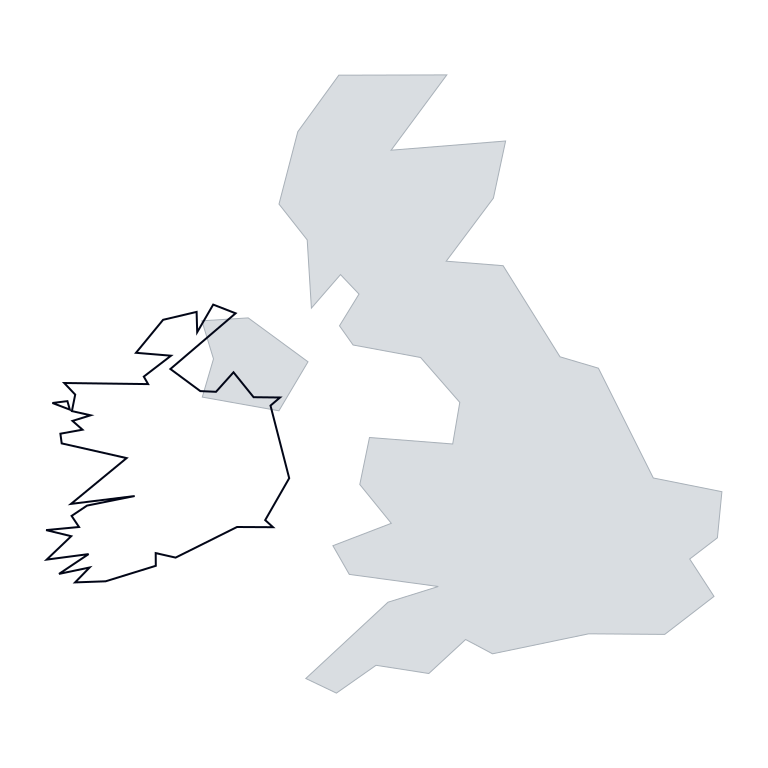 Ireland and the surrounding countries
{"feature_id": "IRL", "entity_name": "Ireland", "entity_type": "country or territory", "adm_level": 0, "iso_a3": "IRL", "parent_name": "Europe", "parent_adm1": "", "projection": "natural_earth1", "projection_center": [-8.443, 53.42], "detail": "coarse", "context": "with_neighbors", "style": "outline", "palette": "ink", "viewbox_px": 768, "rotation_deg": 0, "n_neighbors": 1, "source": "natural_earth", "source_scale": "50m", "svg_char_len": 1342}
<svg xmlns="http://www.w3.org/2000/svg" viewBox="0 0 768 768"><path d="M278.9,410.8L202.3,397.1L213.5,358.9L201.9,320.8L248.2,317.9L308.0,361.8L278.9,410.8ZM452.7,444.0L459.8,402.4L420.6,357.5L353.1,345.0L339.5,325.8L359.0,294.1L340.5,274.6L311.4,308.1L307.2,239.9L279.0,204.1L297.8,131.7L338.8,75.2L446.8,74.9L391.1,150.2L505.6,141.0L493.4,198.1L446.2,261.2L503.1,265.7L560.0,356.8L598.4,368.2L653.3,478.0L721.9,491.7L717.4,537.8L689.7,559.0L714.0,596.4L664.7,634.4L588.7,633.8L492.5,653.8L465.6,639.5L428.8,673.5L376.0,665.3L336.4,693.1L305.8,678.5L388.0,602.2L438.3,586.5L349.3,574.4L332.9,545.7L391.3,523.3L359.8,484.5L369.5,437.5L452.7,444.0Z" fill="#d9dde1" stroke="#a8b0b8" stroke-width="1"/><path d="M235.6,313.3L170.4,369.0L200.3,391.1L216.0,391.8L233.5,372.3L253.6,397.2L280.0,397.5L270.5,405.6L289.2,478.2L265.2,520.1L273.0,527.2L237.0,527.0L175.6,557.6L155.7,553.1L155.8,565.8L105.6,581.3L75.1,582.4L89.6,567.5L59.0,573.9L88.6,554.1L46.7,559.6L71.2,536.2L46.1,530.1L79.0,527.0L71.6,515.9L87.0,505.6L134.7,496.0L71.0,503.9L126.6,458.1L61.7,443.4L60.4,433.7L82.5,429.7L72.5,420.9L90.6,415.3L71.9,411.1L75.2,394.6L64.2,383.0L148.1,384.1L143.8,376.6L171.0,355.7L136.0,352.8L163.1,319.8L196.6,311.9L197.2,332.2L213.2,304.6L235.6,313.3ZM67.4,401.1L69.8,409.6L52.4,403.0L67.4,401.1Z" fill="none" stroke="#020617" stroke-width="2"/></svg>